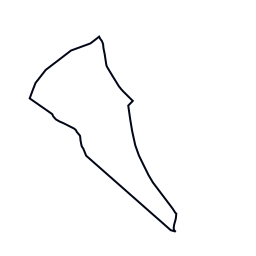 outline of Dennery By Pass/Green Mountain, Dennery, Saint Lucia, rotated 218°
{"feature_id": "8701671B40736207737623", "entity_name": "Dennery By Pass/Green Mountain", "entity_type": "district", "adm_level": 2, "iso_a3": "LCA", "parent_name": "Saint Lucia", "parent_adm1": "Dennery", "projection": "robinson", "projection_center": [-60.898, 13.911], "detail": "fine", "context": "isolated", "style": "outline", "palette": "ink", "viewbox_px": 256, "rotation_deg": 218, "n_neighbors": 0, "source": "geoboundaries", "source_scale": "gbopen_adm2", "svg_char_len": 862}
<svg xmlns="http://www.w3.org/2000/svg" viewBox="0 0 256 256"><g transform="rotate(218 128 128)"><path d="M223.7,90.8L196.1,92.3L194.8,91.4L193.1,90.9L190.0,90.4L186.3,90.9L181.6,92.1L169.9,94.4L167.6,94.2L166.0,93.4L161.2,92.4L159.7,91.1L158.2,89.4L155.3,86.8L153.2,85.1L150.3,84.1L143.9,80.4L31.4,73.8L27.4,75.4L27.4,75.7L28.9,75.9L30.5,77.4L32.2,80.4L34.2,85.3L35.5,87.6L37.2,90.2L38.9,90.4L40.4,91.0L43.7,92.1L59.5,96.3L74.9,100.4L82.8,103.5L93.8,108.8L102.4,113.0L111.7,118.9L122.8,128.1L131.4,136.0L141.6,145.8L140.9,152.3L146.9,153.0L154.4,153.9L157.3,154.4L161.0,155.3L172.1,159.4L181.7,163.1L183.3,163.9L184.7,165.1L191.9,171.9L196.7,176.0L199.2,178.7L202.0,180.4L204.8,181.2L207.0,182.2L207.1,181.7L207.2,181.3L208.7,175.3L209.7,171.5L220.6,154.0L228.6,123.1L228.6,106.6L226.6,99.9L223.7,90.8Z" fill="none" stroke="#020617" stroke-width="2"/></g></svg>